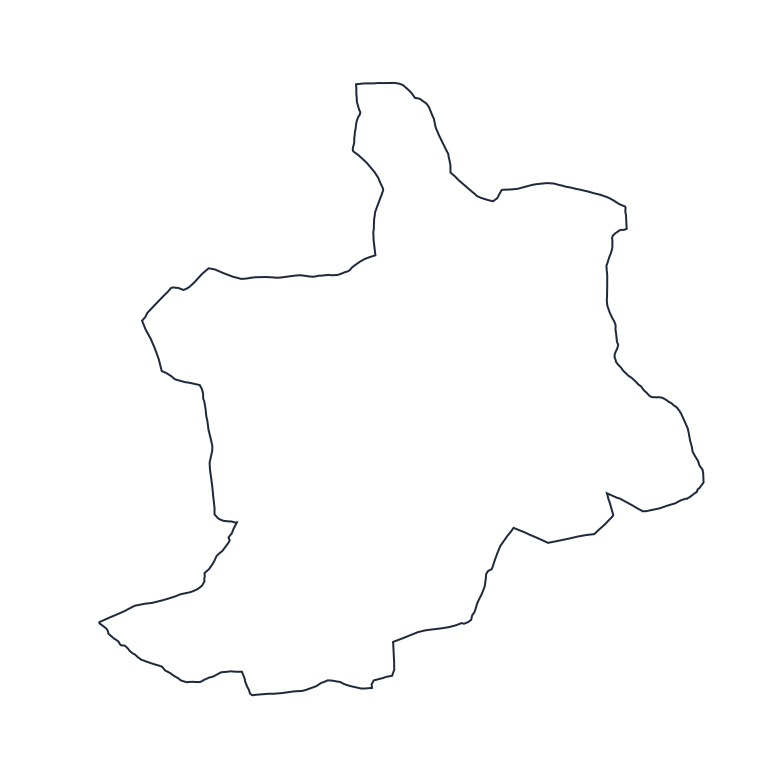 Dodoma Urban, Dodoma, United Republic of Tanzania (orthographic projection), rotated 174°
{"feature_id": "72390352B24669678050336", "entity_name": "Dodoma Urban", "entity_type": "district", "adm_level": 2, "iso_a3": "TZA", "parent_name": "United Republic of Tanzania", "parent_adm1": "Dodoma", "projection": "orthographic", "projection_center": [35.794, -6.146], "detail": "fine", "context": "isolated", "style": "outline", "palette": "slate", "viewbox_px": 768, "rotation_deg": 174, "n_neighbors": 0, "source": "geoboundaries", "source_scale": "gbopen_adm2", "svg_char_len": 6071}
<svg xmlns="http://www.w3.org/2000/svg" viewBox="0 0 768 768"><g transform="rotate(174 384 384)"><path d="M319.6,664.3L322.4,665.1L323.2,665.2L326.1,670.3L328.2,673.1L332.1,677.4L334.0,679.4L337.5,681.1L342.0,682.3L351.7,683.2L357.9,683.9L363.5,684.1L372.1,685.0L379.9,685.0L380.5,685.0L380.6,680.8L381.2,675.3L381.2,671.8L381.5,667.5L380.1,659.6L379.1,656.6L379.7,655.3L379.7,654.8L381.5,652.5L382.8,650.2L383.8,647.9L384.6,645.3L385.7,640.3L386.5,638.1L387.0,635.3L387.9,631.6L388.4,627.1L390.2,622.2L390.6,620.5L390.4,619.0L389.8,618.1L386.0,614.8L378.3,606.1L371.4,596.0L368.2,589.7L366.7,584.5L365.0,579.8L364.5,578.0L364.6,576.7L366.3,573.1L368.5,568.8L371.9,561.9L374.7,556.2L376.6,548.8L378.1,538.4L378.8,536.2L379.0,532.0L379.3,529.1L379.1,512.9L382.0,512.3L384.1,511.8L384.6,511.8L386.4,511.3L390.0,510.4L392.9,509.1L395.1,508.2L399.6,505.7L403.6,503.3L405.3,501.6L406.5,500.6L408.6,499.7L410.6,499.4L418.0,497.4L420.9,497.4L424.9,497.6L427.4,498.3L434.5,498.3L437.2,498.5L441.7,498.1L443.5,498.1L447.1,498.8L452.2,500.1L455.2,500.8L457.5,501.0L460.5,501.1L476.0,500.7L478.0,500.8L478.6,500.8L479.8,500.9L481.5,501.3L489.7,502.7L500.4,503.6L503.3,503.6L506.6,503.5L508.1,503.3L512.2,503.3L514.9,503.4L523.5,506.7L532.2,511.1L540.2,515.6L546.3,517.4L553.3,512.6L562.0,504.9L567.6,500.7L571.0,499.2L573.7,498.5L578.2,500.9L583.7,502.1L585.8,501.7L589.4,498.3L594.7,494.1L603.6,486.6L612.0,479.4L614.5,475.4L618.0,472.3L615.3,462.8L611.5,453.9L608.3,443.8L605.5,432.6L604.2,423.6L603.7,420.1L599.0,417.4L594.7,414.0L591.4,410.5L581.6,406.6L578.1,405.8L567.3,402.2L566.9,400.9L566.1,399.2L565.6,397.7L564.9,393.5L565.4,388.3L564.6,385.8L564.1,378.6L564.1,370.7L563.5,365.4L563.4,359.7L563.3,356.7L562.1,348.0L561.2,340.3L561.8,335.7L565.7,323.8L566.0,316.7L565.7,307.3L565.5,306.6L565.7,306.1L565.5,299.6L565.6,291.1L565.5,278.3L566.2,272.1L563.0,267.7L560.7,266.1L557.7,264.6L556.9,264.5L552.9,263.6L550.0,263.2L546.6,261.8L544.8,261.8L546.2,259.6L548.6,256.0L550.9,251.5L554.7,247.6L553.8,244.7L555.4,242.2L562.3,234.8L565.2,233.0L568.6,230.3L571.1,226.0L573.5,222.6L575.4,220.6L575.4,220.4L577.8,217.8L578.8,217.2L582.1,214.9L582.3,213.7L582.3,211.5L583.0,209.7L583.2,207.6L583.2,206.4L586.1,202.4L586.6,202.1L590.6,199.6L591.7,199.2L595.6,197.9L599.1,197.1L608.3,196.2L611.8,195.2L612.4,194.9L612.9,194.8L613.9,194.6L620.4,193.2L627.8,191.9L637.9,190.5L644.3,190.5L655.2,189.5L666.6,185.0L672.9,183.0L681.7,180.3L691.7,177.0L692.1,176.7L691.9,175.5L690.4,174.3L687.7,171.8L685.4,169.4L684.5,167.3L684.1,164.4L679.1,159.0L677.4,157.8L674.8,155.4L674.2,153.6L672.9,151.6L669.1,150.9L666.2,147.5L664.6,144.8L661.7,142.1L660.2,141.1L659.1,140.1L657.4,138.0L655.8,136.7L654.5,135.3L653.3,134.8L650.0,133.1L646.2,131.3L642.2,129.5L636.6,127.2L634.1,125.9L633.2,124.3L631.6,122.0L627.2,119.1L622.9,115.3L619.3,112.8L617.1,110.5L613.5,108.9L611.2,108.0L608.1,108.0L604.7,107.8L603.9,107.5L598.4,106.8L595.4,107.7L594.7,108.3L588.6,110.3L584.5,110.9L576.2,114.3L573.3,114.3L569.3,114.2L566.4,114.3L564.1,113.8L559.8,113.1L555.9,112.8L555.8,112.6L555.3,112.5L554.5,109.6L553.2,104.7L553.3,103.1L551.7,97.3L550.3,93.8L549.6,90.0L547.4,88.2L542.9,88.3L530.5,88.0L527.2,87.5L517.8,87.3L505.9,87.7L497.5,87.3L493.2,88.0L483.1,90.5L477.9,93.2L473.5,94.3L470.9,95.2L468.6,94.7L467.9,94.8L465.6,94.1L464.5,93.9L462.5,93.2L458.8,92.3L455.3,89.9L451.0,87.9L449.3,87.2L438.8,83.6L435.4,83.2L427.7,83.0L427.7,86.7L425.1,90.3L416.3,91.6L412.2,92.5L406.4,93.0L403.7,98.8L403.0,106.2L401.9,126.6L393.3,128.8L385.3,131.1L376.0,133.7L370.1,134.5L366.5,134.8L352.2,135.0L345.1,135.4L337.8,136.5L331.7,138.1L329.5,137.2L325.5,138.3L322.0,140.3L320.4,144.9L318.1,147.3L316.3,151.0L315.2,153.9L313.6,157.3L308.5,165.3L305.1,171.9L303.2,179.4L302.3,184.2L300.1,187.1L296.1,188.7L291.7,198.3L288.7,204.4L285.2,210.8L277.1,220.1L273.4,223.7L270.2,227.4L258.8,221.3L255.1,219.0L248.2,215.2L237.5,208.9L237.4,209.0L237.2,208.9L229.6,209.6L216.4,210.9L206.7,212.1L198.0,212.7L190.6,212.7L186.8,215.7L179.2,221.1L175.3,224.5L170.9,228.1L169.7,229.7L171.8,242.0L172.9,246.6L173.4,250.3L173.7,252.0L163.6,246.2L161.7,245.6L148.5,236.5L145.7,234.3L140.2,230.6L140.2,230.4L138.1,230.3L136.8,230.1L123.1,231.5L114.4,233.5L106.8,234.9L104.3,236.0L100.6,237.4L99.9,237.6L95.6,238.4L94.7,238.2L93.1,239.1L92.0,239.4L86.5,242.8L83.9,244.2L83.7,245.3L83.0,246.4L81.0,247.7L76.5,252.7L75.9,261.5L76.1,265.3L78.8,270.1L79.7,274.6L81.9,279.1L84.2,284.5L84.4,289.3L85.5,295.6L86.0,302.8L86.6,308.2L89.6,317.4L91.8,324.0L93.4,327.1L95.5,330.4L97.9,332.3L100.1,334.8L103.0,336.8L104.4,338.2L108.4,341.1L110.6,341.8L112.7,342.2L114.4,342.2L116.5,342.7L117.8,342.7L119.4,343.1L121.4,344.7L124.1,348.3L125.9,350.1L127.4,352.6L128.6,354.8L130.8,356.6L133.5,360.2L136.9,364.1L140.2,366.8L142.7,369.9L144.9,372.4L146.5,375.4L149.4,379.2L151.0,381.9L151.2,384.1L151.9,386.4L151.4,389.8L148.1,395.4L147.0,398.3L147.9,401.7L147.9,410.0L148.1,414.1L147.6,417.0L147.6,418.8L148.5,422.2L150.1,425.8L152.1,431.6L153.7,438.6L153.7,443.6L153.0,448.1L152.1,455.3L150.6,469.0L150.6,474.2L150.4,478.5L149.0,481.2L147.9,483.9L146.8,486.4L144.5,490.7L142.7,495.4L141.9,502.0L141.9,505.3L141.0,507.6L139.5,508.6L138.9,509.3L136.6,510.6L135.9,510.9L134.0,512.1L133.2,512.1L132.3,512.5L129.1,512.2L126.4,513.0L125.7,526.7L126.0,530.3L125.5,533.3L125.3,534.2L125.7,535.3L128.8,537.0L131.4,538.4L133.4,540.1L134.3,540.7L136.3,542.4L140.9,545.6L143.0,546.7L148.8,549.4L148.8,549.5L149.0,549.5L149.9,549.9L155.1,551.7L160.2,553.8L169.0,556.9L172.8,558.0L178.4,560.1L182.0,561.0L186.4,562.8L189.6,563.8L191.9,564.8L194.5,565.7L201.2,566.8L211.7,566.8L215.9,566.5L231.2,564.1L234.3,564.2L235.4,564.1L236.2,564.2L239.1,564.3L245.7,564.8L246.2,564.7L246.8,564.5L249.0,561.4L251.9,557.0L256.5,554.3L261.4,556.1L268.1,559.0L272.2,561.4L273.7,563.4L276.5,566.2L288.0,578.4L292.2,583.6L295.8,587.3L295.1,594.5L295.6,600.8L296.0,603.3L296.0,606.0L297.8,610.5L303.4,625.8L305.8,633.7L306.7,642.5L308.3,647.5L310.3,654.5L312.4,658.3L312.8,658.8L315.9,661.4L317.6,663.1L318.2,663.6L319.6,664.3Z" fill="none" stroke="#1e293b" stroke-width="2"/></g></svg>